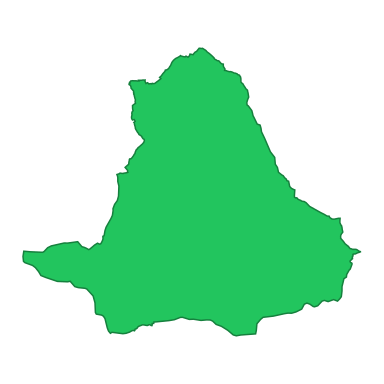 Budesti, Maramures, Romania
{"feature_id": "2599482B87863551730406", "entity_name": "Budesti", "entity_type": "district", "adm_level": 2, "iso_a3": "ROU", "parent_name": "Romania", "parent_adm1": "Maramures", "projection": "equal_earth", "projection_center": [23.957, 47.717], "detail": "fine", "context": "isolated", "style": "filled", "palette": "green", "viewbox_px": 384, "rotation_deg": 0, "n_neighbors": 0, "source": "geoboundaries", "source_scale": "gbopen_adm2", "svg_char_len": 5924}
<svg xmlns="http://www.w3.org/2000/svg" viewBox="0 0 384 384"><path d="M341.3,296.7L341.6,294.4L342.0,290.9L342.0,286.6L343.0,282.6L343.9,278.7L346.4,277.1L346.7,274.5L349.3,269.9L349.9,269.5L350.3,268.9L350.7,267.8L351.7,265.1L352.0,264.2L352.0,263.4L351.9,263.2L351.6,262.9L350.7,262.6L350.5,262.3L350.1,261.7L350.0,261.2L350.3,260.7L351.7,259.5L351.9,259.2L351.9,258.9L352.2,258.9L352.5,258.7L352.5,258.2L352.3,256.9L352.7,256.4L353.0,255.9L352.9,254.4L353.3,254.1L355.4,253.9L357.8,252.7L358.9,252.5L360.3,251.9L361.0,251.6L360.4,251.6L359.8,251.5L358.5,250.8L357.1,249.8L355.9,249.3L354.6,249.4L353.9,249.2L353.1,249.5L351.5,248.9L350.0,248.5L349.0,247.3L348.4,246.3L347.6,245.9L347.0,245.3L345.1,243.8L343.4,241.4L340.6,238.2L340.7,237.6L340.7,237.0L340.6,236.3L340.7,235.7L340.8,235.2L341.1,234.6L341.5,233.8L342.4,232.7L342.7,232.3L342.8,232.0L342.7,231.6L342.6,231.0L342.3,230.0L342.2,229.2L342.1,228.5L342.0,227.5L341.8,226.6L341.6,226.3L341.5,225.9L341.5,225.5L341.0,225.2L339.9,222.7L339.9,220.8L340.1,218.3L338.4,218.3L334.1,219.2L332.0,219.0L329.7,217.5L329.2,216.2L327.4,216.1L326.6,215.8L324.5,214.5L320.7,212.6L309.6,206.4L306.1,202.7L304.1,201.5L303.1,201.4L301.5,201.1L300.8,200.4L299.3,199.9L297.6,198.9L297.3,198.2L296.6,197.8L295.5,197.9L294.5,197.2L294.4,195.7L294.8,189.9L294.1,189.7L291.5,188.4L289.7,186.5L288.6,181.2L286.9,180.7L286.3,179.1L284.7,177.8L283.2,175.7L281.9,175.0L278.5,172.3L277.4,167.4L275.3,164.2L274.7,157.4L270.4,151.8L264.6,138.3L261.5,131.8L261.0,128.3L260.1,125.1L257.2,124.1L254.2,117.9L253.0,115.6L252.5,113.2L251.8,110.6L248.4,106.0L247.1,105.0L246.8,102.8L247.0,101.8L247.8,99.2L248.7,97.1L248.0,92.7L247.7,91.7L247.5,90.3L247.2,89.9L246.1,89.0L245.6,88.3L245.1,87.4L244.0,85.8L242.8,83.7L241.9,83.1L241.1,82.3L240.9,81.3L240.9,78.8L240.7,77.8L240.6,77.0L240.1,76.4L239.5,75.2L238.7,74.9L238.1,74.8L237.7,74.5L237.2,73.9L236.8,73.7L235.1,73.1L233.9,73.0L233.1,72.5L232.5,72.2L230.6,71.6L229.7,71.7L229.1,71.6L227.5,71.2L226.8,70.9L225.7,70.5L224.6,70.4L224.9,69.2L224.9,68.8L223.7,67.1L223.3,65.7L223.3,64.1L222.0,63.9L221.3,63.6L220.5,62.8L219.0,61.0L218.5,60.8L217.6,60.7L217.0,60.5L216.4,60.1L215.8,59.6L215.0,59.4L214.0,58.3L214.1,58.0L214.0,57.8L211.5,55.4L209.3,53.5L207.6,52.3L206.8,51.6L206.0,50.6L205.4,50.1L204.5,49.6L203.6,49.0L202.5,48.3L202.2,48.4L201.8,48.5L200.2,48.3L199.8,48.4L199.2,48.2L198.2,49.4L197.1,50.7L196.7,51.3L194.9,52.3L193.6,53.9L193.1,54.7L191.3,54.3L190.0,54.1L189.8,54.8L189.5,55.5L189.1,56.2L188.0,57.2L186.0,56.1L185.1,56.9L183.7,56.7L182.5,56.4L181.0,56.0L180.5,55.6L179.6,56.4L177.9,57.4L175.6,58.5L174.3,59.6L173.4,60.4L172.1,62.1L171.4,63.5L171.1,64.4L170.4,65.8L169.7,66.7L169.0,68.0L167.9,69.1L166.8,69.8L165.3,70.1L165.0,71.2L164.1,72.3L162.9,73.6L161.2,76.0L159.6,77.4L160.9,78.6L160.1,79.4L158.3,80.7L157.7,81.3L157.0,81.7L154.9,83.4L152.8,83.7L152.2,83.3L151.5,83.9L150.8,83.7L150.1,83.7L148.8,83.9L147.6,82.7L147.2,82.8L146.0,83.5L145.2,81.8L145.0,81.1L145.1,80.0L144.3,80.1L143.2,80.0L142.4,80.1L141.5,80.3L138.7,80.3L139.0,80.9L137.5,81.0L135.9,80.8L133.7,80.8L132.5,80.7L130.7,81.0L130.3,81.8L129.6,82.2L129.5,82.6L129.9,82.8L129.9,83.4L129.3,83.5L129.0,84.0L129.1,84.6L130.3,85.3L130.7,86.0L131.0,87.2L131.1,88.3L131.8,89.0L132.8,90.2L133.4,90.7L133.5,91.1L133.6,91.7L133.5,92.3L133.8,92.9L133.9,93.2L133.6,93.9L134.1,94.8L134.3,95.8L134.7,97.5L135.0,98.6L135.4,99.7L135.1,101.9L135.5,103.3L133.5,104.7L132.5,105.6L132.6,108.6L132.7,109.4L133.1,110.7L132.3,111.5L131.9,112.6L131.8,113.6L132.0,114.9L131.6,116.4L131.5,117.6L131.7,118.6L131.9,119.1L132.5,120.0L134.2,119.5L135.2,121.4L133.9,122.4L134.1,122.6L134.4,123.5L134.5,124.5L135.1,126.5L135.3,127.4L135.3,128.0L135.4,128.5L135.6,129.0L135.9,129.5L137.6,132.4L138.5,133.4L138.8,134.2L139.2,134.7L140.5,135.4L141.8,136.5L141.9,137.0L142.1,137.4L143.1,138.8L144.1,139.3L144.3,139.8L144.3,140.8L143.8,142.3L142.4,144.0L138.6,147.3L138.4,147.6L138.1,147.6L137.2,148.9L137.2,149.1L136.4,149.5L135.1,152.4L135.2,153.0L134.9,153.7L134.3,154.2L134.1,154.5L133.8,155.2L133.5,155.7L131.9,157.9L130.9,158.8L129.7,158.9L129.4,159.3L129.3,160.4L129.0,161.6L128.8,163.0L128.7,164.2L125.1,167.4L125.4,167.8L127.6,170.3L127.5,171.5L127.9,172.3L127.0,172.7L124.4,173.1L123.7,173.2L123.3,173.5L121.2,173.3L120.0,173.1L119.1,173.8L116.9,174.5L117.6,176.4L117.8,177.7L117.8,181.5L118.9,186.1L118.5,196.2L117.3,200.6L114.6,204.4L113.0,208.7L113.1,210.7L112.4,215.4L111.0,218.5L106.1,227.2L105.0,230.6L104.1,235.7L102.9,236.3L103.0,238.9L102.6,240.2L101.9,241.8L100.8,243.7L99.7,244.2L97.5,243.2L94.5,245.1L92.8,246.6L89.5,249.3L88.7,249.6L86.4,248.3L84.1,247.3L81.9,246.7L77.7,241.7L67.6,243.1L64.2,243.0L51.3,245.9L47.7,247.7L44.0,251.6L42.6,252.3L30.5,251.8L23.8,251.2L23.0,256.5L23.5,261.4L25.0,262.7L32.5,265.4L35.4,267.6L38.6,271.6L40.9,275.5L45.6,277.4L57.4,281.4L67.6,281.8L70.2,281.3L74.8,286.6L78.2,287.6L85.0,288.3L86.8,289.0L93.1,295.9L95.0,302.8L95.4,312.4L96.3,314.1L101.7,315.1L103.4,316.2L105.0,318.6L107.3,327.9L108.5,331.0L110.4,333.3L112.0,332.3L122.9,333.7L126.0,333.3L129.6,332.1L132.0,330.7L133.1,330.5L134.0,330.5L134.4,330.8L134.8,330.5L135.0,329.4L135.3,329.0L136.1,328.9L137.0,328.3L138.0,326.8L138.7,326.3L140.9,325.5L141.8,325.1L142.7,324.8L144.3,325.0L146.3,325.4L147.3,325.5L148.0,325.3L148.7,324.8L149.1,324.7L150.0,324.8L150.7,325.2L151.2,325.6L152.0,325.6L152.2,324.5L152.2,323.5L153.7,323.4L153.9,322.0L155.9,321.9L169.0,320.6L174.4,319.7L180.3,317.4L182.5,317.3L189.3,319.4L193.4,319.2L201.0,320.4L206.7,319.9L210.3,320.0L212.7,321.1L216.1,324.4L221.4,326.3L227.8,330.3L233.2,334.9L236.3,335.8L240.7,335.0L255.6,333.9L256.3,330.5L256.9,323.8L260.6,319.4L263.1,317.3L273.4,316.1L284.3,313.7L287.9,313.1L291.7,313.2L296.1,311.9L301.7,309.1L304.3,304.2L306.9,303.1L309.8,304.1L313.2,306.5L314.5,306.8L317.7,305.8L322.1,301.1L324.4,300.4L328.1,301.6L333.6,299.6L337.5,301.1L339.7,298.9L341.3,296.7Z" fill="#22c55e" stroke="#15803d" stroke-width="1.5"/></svg>